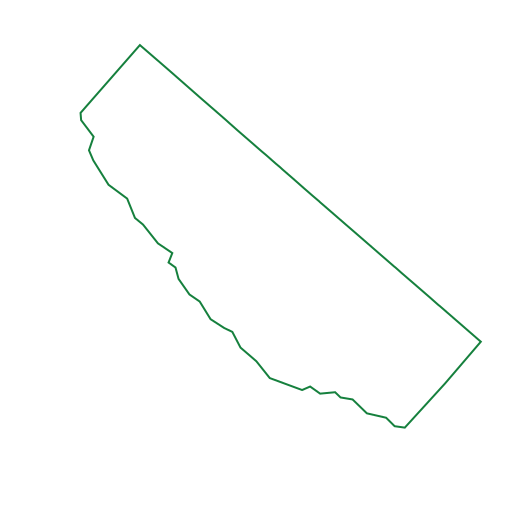 Keya Paha, Nebraska, United States of America, rotated 41°
{"feature_id": "52423323B7947065796297", "entity_name": "Keya Paha", "entity_type": "district", "adm_level": 2, "iso_a3": "USA", "parent_name": "United States of America", "parent_adm1": "Nebraska", "projection": "robinson", "projection_center": [-99.716, 42.858], "detail": "fine", "context": "isolated", "style": "outline", "palette": "green", "viewbox_px": 512, "rotation_deg": 41, "n_neighbors": 0, "source": "geoboundaries", "source_scale": "gbopen_adm2", "svg_char_len": 1055}
<svg xmlns="http://www.w3.org/2000/svg" viewBox="0 0 512 512"><g transform="rotate(41 256 256)"><path d="M279.3,331.2L287.9,328.8L304.4,335.3L325.3,335.2L346.5,339.1L378.7,326.9L382.5,319.0L394.7,317.8L405.1,306.9L412.6,307.3L423.0,300.9L442.9,302.0L460.3,292.7L472.3,293.5L480.9,287.9L482.3,228.4L481.9,173.2L478.0,173.2L465.8,173.2L437.5,173.2L427.3,173.2L426.1,173.3L424.6,173.3L414.4,173.2L378.1,173.3L376.5,173.3L368.8,173.2L367.1,173.3L348.0,173.3L347.4,173.3L331.2,173.3L269.0,173.4L267.9,173.3L259.4,173.4L255.8,173.4L247.9,173.4L235.8,173.3L226.3,173.3L220.6,173.3L219.1,173.3L216.2,173.2L210.2,173.3L196.8,173.2L192.0,173.3L187.3,173.3L183.5,173.3L164.0,173.3L159.6,173.3L148.7,173.2L143.5,173.1L122.7,173.1L111.6,173.1L108.5,173.1L67.8,172.9L64.4,172.9L64.2,172.9L30.0,173.0L29.7,263.1L34.9,268.2L55.2,272.5L60.6,285.8L70.5,290.6L98.0,299.0L121.1,297.2L139.7,306.7L150.1,306.4L173.7,310.8L190.9,308.7L194.3,318.3L202.8,317.5L212.6,324.1L231.0,328.7L243.4,327.3L263.2,333.5L279.3,331.2Z" fill="none" stroke="#15803d" stroke-width="2"/></g></svg>